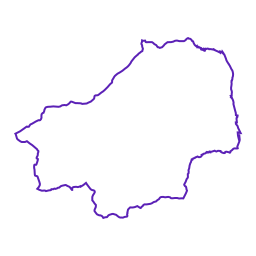 Sieu, Maramures, Romania (orthographic projection)
{"feature_id": "2599482B22819283509287", "entity_name": "Sieu", "entity_type": "district", "adm_level": 2, "iso_a3": "ROU", "parent_name": "Romania", "parent_adm1": "Maramures", "projection": "orthographic", "projection_center": [24.196, 47.709], "detail": "fine", "context": "isolated", "style": "outline", "palette": "violet", "viewbox_px": 256, "rotation_deg": 0, "n_neighbors": 0, "source": "geoboundaries", "source_scale": "gbopen_adm2", "svg_char_len": 5780}
<svg xmlns="http://www.w3.org/2000/svg" viewBox="0 0 256 256"><path d="M103.3,217.9L105.1,217.3L107.0,217.1L108.4,215.4L109.2,214.9L112.0,214.0L113.0,213.9L116.1,214.8L117.9,216.3L119.2,217.2L120.1,217.5L123.0,217.6L124.7,216.9L126.9,216.6L127.4,215.9L127.1,214.4L127.5,213.1L127.3,212.9L128.0,209.7L128.5,209.0L130.2,207.4L132.7,207.5L134.8,207.1L137.3,206.1L140.0,207.8L140.7,208.0L141.5,207.0L143.0,205.7L143.3,205.1L144.4,204.4L146.6,204.4L150.5,203.8L152.0,203.2L153.6,202.1L156.1,201.4L157.4,200.1L158.9,199.2L159.9,197.8L160.2,197.5L160.7,197.2L161.3,197.0L163.1,196.9L165.2,197.3L168.1,196.9L168.8,197.0L170.2,197.4L170.6,197.9L171.1,198.2L172.3,198.3L174.9,198.0L177.2,198.0L179.1,198.5L181.6,198.3L183.3,198.4L185.8,193.5L186.7,191.4L187.0,190.6L186.5,189.4L186.3,187.9L185.9,186.6L185.1,186.2L184.3,185.0L184.2,184.5L185.7,181.7L186.6,179.2L187.8,177.6L187.9,176.7L187.8,174.1L188.5,173.3L188.7,171.7L188.5,170.2L189.2,168.3L189.6,165.5L190.3,163.3L191.0,162.0L191.2,161.1L191.5,160.2L191.7,159.4L192.5,159.6L193.1,158.5L193.5,158.3L194.7,158.1L195.4,157.3L196.1,157.2L197.5,156.5L197.8,156.6L198.1,156.9L198.6,157.1L199.9,157.1L200.7,156.8L200.9,156.7L201.8,155.6L201.9,155.2L201.7,154.8L202.4,154.5L202.9,154.5L203.3,153.9L203.8,153.7L204.7,153.6L205.9,153.0L206.1,152.5L206.9,151.9L207.3,152.0L207.3,152.5L207.7,152.6L208.4,152.5L208.5,152.3L208.9,152.1L209.5,152.2L209.2,151.7L209.4,151.5L211.3,151.8L214.7,150.7L215.3,151.1L216.4,151.5L218.0,150.8L220.5,151.0L220.5,151.5L221.1,152.0L221.8,152.3L222.1,152.6L223.9,153.1L224.7,153.0L225.0,152.8L225.3,151.9L226.5,151.7L229.0,152.3L229.8,152.7L230.2,152.5L230.3,152.3L230.5,151.2L230.9,151.0L232.2,150.0L233.1,149.0L234.0,148.5L234.6,148.4L237.0,148.5L237.7,148.3L237.3,146.6L239.2,141.8L239.6,140.5L239.7,139.6L239.4,136.5L238.6,138.2L238.5,137.8L238.0,135.6L237.7,132.4L238.7,132.4L239.9,132.9L240.6,133.0L238.1,127.9L237.6,126.1L235.9,123.9L235.8,122.4L236.9,122.4L236.5,118.6L236.9,116.9L237.1,117.0L237.3,116.1L237.5,116.2L237.6,115.5L235.9,115.1L235.8,113.0L235.1,110.5L233.4,103.9L233.6,103.0L233.5,102.2L233.1,100.5L232.3,98.7L231.1,97.4L231.6,97.1L230.8,95.9L231.7,95.6L231.7,94.0L231.9,92.2L231.7,90.9L231.1,89.3L231.1,87.5L231.4,85.8L231.6,84.1L231.6,82.9L231.4,82.0L231.9,80.6L231.7,80.5L232.4,79.1L232.4,77.7L232.8,76.7L233.0,75.5L233.1,74.0L232.8,72.1L232.3,70.4L231.6,69.5L229.7,65.6L229.3,65.1L229.0,64.3L228.7,64.1L227.0,61.4L226.4,60.2L226.0,58.8L224.3,54.5L223.9,54.2L223.3,53.0L222.8,52.3L222.8,53.1L221.6,51.8L220.6,52.8L219.9,51.3L219.7,51.3L219.2,52.2L217.9,51.5L214.9,50.2L215.0,50.1L213.5,49.1L213.2,49.2L212.8,49.5L210.6,49.1L209.1,49.2L208.7,48.8L208.2,48.8L207.6,48.6L207.2,48.6L206.7,48.9L206.3,48.9L206.0,49.1L205.3,48.7L204.9,49.1L204.6,49.0L205.0,50.0L204.9,50.7L204.8,50.8L203.9,50.5L203.6,49.9L203.0,49.9L203.3,49.3L202.7,49.0L201.5,48.7L201.3,49.0L201.3,49.4L201.1,49.4L200.9,48.9L201.0,48.0L200.2,47.7L200.1,47.9L199.0,47.1L198.4,47.4L198.2,46.8L197.9,46.6L197.2,47.0L196.9,45.9L196.3,46.3L195.2,45.4L194.5,44.6L193.6,42.9L193.1,41.4L192.3,41.1L191.9,40.7L191.5,39.9L190.5,39.0L189.8,38.7L188.7,38.6L188.1,38.1L187.5,38.3L186.3,39.2L185.6,40.1L184.4,40.9L184.0,41.1L179.2,41.1L177.2,40.6L176.1,40.6L174.7,40.9L173.4,41.6L171.2,42.1L167.5,42.2L164.6,44.4L163.9,45.4L162.1,47.2L159.8,47.9L158.5,47.2L158.0,47.3L157.8,47.2L157.2,46.6L156.7,45.7L156.2,45.1L154.2,44.0L153.4,43.1L152.1,42.2L151.0,42.1L146.1,42.2L145.7,42.0L145.1,40.6L143.3,40.8L142.7,40.7L142.1,40.4L142.0,41.0L142.0,41.8L141.5,43.1L141.4,43.8L141.5,44.3L142.1,45.2L142.2,46.7L142.9,48.7L142.8,49.3L142.5,50.1L142.3,51.1L141.0,51.8L139.6,53.0L138.5,53.7L137.9,54.6L137.2,55.1L134.7,57.3L131.3,61.6L130.7,62.9L129.4,64.7L128.0,66.3L126.5,67.6L125.3,68.4L122.5,70.7L119.7,72.5L117.5,73.7L115.0,75.8L114.1,77.0L113.3,78.5L112.5,79.7L112.1,80.6L112.1,82.2L111.8,82.8L110.4,83.9L109.4,85.0L107.6,87.1L104.7,90.0L103.1,91.4L101.4,92.5L98.9,94.5L98.0,95.1L97.2,95.3L95.5,95.4L94.8,95.8L94.5,96.2L94.2,98.3L93.7,99.1L90.8,101.6L88.4,102.6L86.7,103.5L82.2,103.9L81.1,103.4L79.2,103.2L75.4,103.1L71.8,101.7L70.9,101.6L70.5,101.9L69.3,103.3L68.1,104.3L66.3,105.3L64.6,105.0L62.1,105.3L61.2,105.8L60.4,106.4L58.5,106.8L53.3,106.4L50.4,106.7L47.9,106.8L46.2,107.2L45.5,107.7L44.5,109.6L44.1,111.5L43.9,111.8L43.5,112.8L42.7,113.0L42.1,113.6L41.6,114.3L41.4,116.1L41.5,117.4L41.4,118.0L41.0,119.1L40.2,120.1L39.5,120.3L38.5,120.2L35.8,121.5L32.1,123.7L30.5,124.4L29.9,125.1L29.3,126.0L29.0,126.6L27.8,126.9L27.2,126.6L26.7,126.6L20.1,131.3L15.4,133.7L15.8,134.4L17.0,138.6L17.9,139.6L20.4,141.4L21.7,142.0L24.7,142.0L25.3,141.9L26.9,141.2L29.8,143.5L32.2,145.1L34.2,146.8L37.1,149.3L37.6,150.4L38.3,150.9L38.4,151.5L38.2,152.5L37.8,153.5L37.8,154.9L37.5,155.9L36.8,157.1L36.6,157.9L36.7,158.4L37.8,158.9L37.9,159.2L37.7,160.4L37.2,162.1L36.4,164.4L36.2,164.7L36.0,164.8L34.6,164.7L34.3,165.0L34.2,165.4L34.1,166.9L34.2,168.3L34.5,169.5L34.8,174.5L35.0,175.4L35.3,175.7L37.1,176.2L37.5,176.5L39.4,182.0L39.9,183.9L39.8,185.1L38.9,186.9L37.3,188.8L39.3,189.8L41.8,190.7L42.8,190.7L44.0,190.5L44.9,190.5L45.9,191.1L48.8,190.4L50.5,190.2L51.1,189.9L51.4,189.2L53.4,189.2L54.1,188.7L54.6,188.6L55.3,188.9L57.0,188.4L57.8,187.8L59.2,187.6L60.8,186.2L62.2,185.7L65.4,185.0L66.5,185.3L66.9,185.7L69.6,186.9L71.9,189.9L72.2,189.9L72.2,187.9L72.6,187.5L73.8,187.0L76.1,186.8L77.9,187.1L79.6,186.6L80.3,186.2L80.6,186.7L83.4,185.0L86.0,182.9L87.1,184.6L90.3,188.8L91.2,189.6L92.0,190.0L93.8,190.4L94.6,191.1L94.8,191.9L94.7,192.4L93.8,194.0L93.2,194.8L92.4,196.6L92.3,197.4L92.3,199.2L92.3,200.4L92.5,200.6L93.5,201.8L94.1,202.8L95.0,204.0L95.8,204.8L95.9,205.1L95.8,207.0L94.6,209.7L94.5,210.6L94.6,211.2L96.7,214.0L97.3,214.5L99.2,215.3L100.3,215.3L101.7,215.9L102.5,216.6L103.3,217.9Z" fill="none" stroke="#5b21b6" stroke-width="2"/></svg>